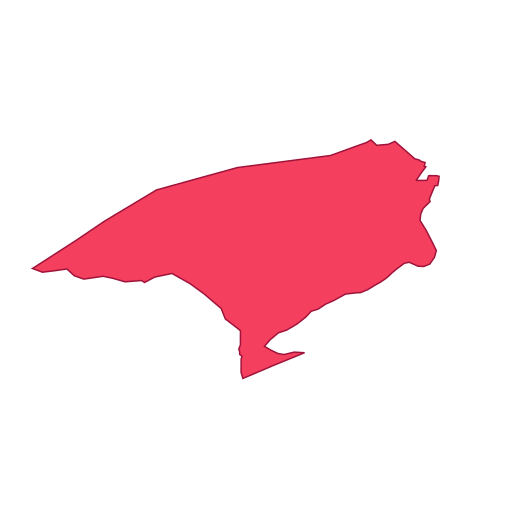 Idah, Kogi, Nigeria (Equal Earth projection), rotated 59°
{"feature_id": "59680162B89596725903657", "entity_name": "Idah", "entity_type": "district", "adm_level": 2, "iso_a3": "NGA", "parent_name": "Nigeria", "parent_adm1": "Kogi", "projection": "equal_earth", "projection_center": [6.753, 7.056], "detail": "fine", "context": "isolated", "style": "filled", "palette": "rose", "viewbox_px": 512, "rotation_deg": 59, "n_neighbors": 0, "source": "geoboundaries", "source_scale": "gbopen_adm2", "svg_char_len": 1363}
<svg xmlns="http://www.w3.org/2000/svg" viewBox="0 0 512 512"><g transform="rotate(59 256 256)"><path d="M151.6,454.0L159.9,447.4L165.3,435.3L169.7,424.8L179.4,421.9L187.1,415.5L194.7,397.4L201.4,390.2L210.7,381.5L218.1,366.7L221.3,365.2L221.9,353.7L227.7,337.0L245.7,326.8L262.0,319.9L283.1,312.9L294.2,314.7L303.8,310.9L312.0,307.8L324.1,315.1L326.9,318.7L329.8,319.4L332.0,320.7L334.7,319.6L336.5,321.7L348.0,328.7L354.2,330.3L358.8,297.3L363.9,264.2L358.1,272.7L354.9,282.7L351.0,287.3L344.7,291.5L337.8,295.3L335.0,286.7L333.4,276.4L335.3,267.9L335.4,255.8L334.0,244.8L331.8,237.1L333.5,230.1L333.1,221.1L334.2,212.2L334.7,199.0L339.0,189.4L341.2,185.3L342.4,177.4L342.3,169.9L342.5,162.9L342.2,156.9L341.4,151.8L340.6,148.7L339.6,142.3L338.6,132.6L340.3,127.9L345.0,124.6L348.3,122.3L351.4,117.6L352.4,111.2L349.1,103.8L344.2,98.6L335.0,97.8L321.3,96.9L310.0,97.1L304.9,93.2L301.3,88.3L299.0,78.8L296.3,77.9L287.9,66.6L289.1,63.9L286.1,61.1L282.0,58.0L280.1,59.9L276.3,66.2L276.2,66.8L279.0,70.0L279.1,70.7L273.8,79.7L273.6,79.6L271.9,75.9L269.4,70.4L267.0,64.5L265.8,65.6L263.0,62.9L259.7,65.9L257.6,66.8L254.5,69.8L229.3,77.9L228.4,85.1L223.3,95.5L215.7,97.6L215.7,102.6L214.2,109.9L208.2,140.5L206.6,144.1L170.6,226.4L159.6,265.9L148.1,307.3L148.1,368.0L150.0,403.4L150.2,410.2L151.6,454.0Z" fill="#f43f5e" stroke="#9f1239" stroke-width="1.5"/></g></svg>